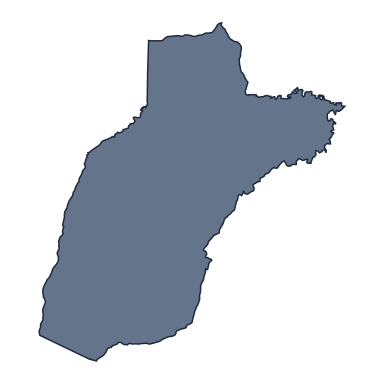 outline of Guacimo, Limón, Costa Rica
{"feature_id": "36466004B32500402146996", "entity_name": "Guacimo", "entity_type": "district", "adm_level": 2, "iso_a3": "CRI", "parent_name": "Costa Rica", "parent_adm1": "Limón", "projection": "orthographic", "projection_center": [-83.609, 10.204], "detail": "fine", "context": "isolated", "style": "filled", "palette": "slate", "viewbox_px": 384, "rotation_deg": 0, "n_neighbors": 0, "source": "geoboundaries", "source_scale": "gbopen_adm2", "svg_char_len": 5905}
<svg xmlns="http://www.w3.org/2000/svg" viewBox="0 0 384 384"><path d="M97.6,359.2L103.8,355.1L104.5,353.8L105.7,352.7L107.7,348.3L111.4,347.2L112.4,345.7L113.7,345.5L114.6,344.9L116.9,344.2L117.8,343.0L118.5,342.6L120.8,342.3L122.1,343.5L124.0,344.5L127.4,344.8L129.1,343.3L132.5,344.0L136.1,343.8L138.8,344.1L140.2,343.7L145.3,343.3L146.8,343.3L149.0,344.0L149.9,344.0L153.1,343.2L160.0,341.2L161.9,339.6L166.4,337.5L168.6,336.7L172.5,336.2L174.9,335.0L175.9,333.5L175.9,332.2L177.0,330.8L181.1,329.1L185.4,328.0L186.1,327.6L186.3,326.7L186.1,326.6L187.7,324.7L190.2,323.9L192.0,322.6L193.0,317.7L194.4,313.2L194.6,311.7L196.5,307.0L198.3,303.6L199.7,299.1L199.5,295.8L200.5,291.6L200.7,285.6L201.4,283.6L203.5,279.6L204.0,276.5L205.4,272.5L205.4,269.1L205.7,268.7L206.2,269.5L206.9,269.7L207.7,269.1L208.9,263.4L210.3,261.4L211.2,261.0L211.7,260.4L211.4,259.4L209.1,258.8L207.7,257.6L206.0,257.6L205.6,257.3L205.6,256.5L206.6,254.6L206.6,253.3L206.1,251.7L204.0,250.5L203.6,249.8L203.7,248.8L207.3,244.9L207.9,243.7L208.5,241.5L210.9,239.1L213.9,235.4L219.0,233.0L219.4,231.8L219.4,229.8L223.1,223.6L224.3,219.7L225.8,217.3L226.6,217.4L227.1,217.1L228.0,215.5L230.2,214.0L232.5,211.4L234.4,210.0L236.5,201.5L237.5,200.0L238.1,196.4L238.7,195.3L239.1,194.7L240.4,194.7L241.6,195.6L242.6,194.1L243.5,191.2L243.9,191.3L244.2,192.5L245.0,193.6L247.5,194.2L251.3,191.6L252.9,191.2L253.5,190.6L254.1,188.9L253.9,187.2L253.1,185.7L253.1,184.8L253.5,184.3L257.8,181.8L260.1,181.3L259.9,178.6L264.4,176.0L264.6,175.0L265.0,174.3L268.1,173.2L269.4,172.2L270.8,170.0L272.5,168.4L274.2,167.4L275.1,168.2L277.3,168.0L280.0,164.2L282.7,161.6L284.4,161.1L286.7,165.2L288.0,166.2L290.6,166.0L291.4,165.0L292.4,164.4L296.3,164.5L296.4,163.4L296.0,161.6L299.0,158.6L300.5,159.1L302.7,160.5L304.7,160.0L306.1,159.2L307.6,159.4L307.7,159.9L306.8,161.6L306.9,162.6L307.8,163.1L310.9,163.4L311.2,161.5L312.5,158.3L313.2,157.4L314.7,156.6L316.0,154.5L315.6,152.4L315.8,150.7L317.7,151.0L318.5,151.7L319.1,152.6L319.6,152.8L321.7,151.7L323.0,150.1L324.9,149.7L325.4,150.7L325.5,151.9L326.0,152.2L326.3,150.6L324.9,148.2L324.4,145.8L326.6,143.7L330.4,143.9L330.0,140.4L329.1,139.4L331.2,137.2L332.4,134.7L333.7,133.3L333.5,132.7L331.2,132.2L331.0,130.8L333.6,130.1L332.8,126.2L333.0,124.1L333.5,123.2L334.1,122.7L334.9,124.0L335.5,123.8L335.7,123.5L335.0,122.3L333.6,121.6L332.6,119.3L331.9,118.9L330.8,118.8L330.1,120.7L328.3,120.9L327.5,118.9L327.2,116.5L327.4,113.9L330.1,111.4L332.7,109.9L335.1,114.4L335.8,113.4L336.0,111.0L336.3,110.7L337.4,110.7L338.1,111.3L339.2,111.2L342.6,108.8L342.8,108.1L344.8,106.3L341.8,106.0L341.4,104.2L341.6,103.0L341.4,102.8L339.0,102.6L338.9,103.5L338.6,103.6L336.1,102.7L335.8,104.0L336.2,105.1L333.7,104.3L333.7,102.9L333.4,102.6L331.3,103.1L330.1,102.9L330.3,101.5L330.1,101.3L327.8,100.7L326.5,100.1L325.1,100.3L324.7,99.8L323.8,96.5L322.6,95.5L320.4,95.2L322.7,97.6L322.8,98.9L321.9,99.9L321.5,99.9L320.0,98.7L319.7,97.8L320.1,96.1L319.5,95.7L318.4,95.6L317.9,98.0L316.8,98.5L316.1,98.4L315.4,97.6L315.8,96.2L315.7,95.8L313.4,95.0L311.6,95.0L311.9,92.3L311.7,91.8L311.2,91.5L310.4,91.4L309.6,92.0L305.8,91.9L304.9,93.4L304.6,95.9L303.4,96.9L302.5,95.8L302.1,94.9L302.3,91.5L302.9,91.0L302.6,90.0L302.3,89.7L300.7,89.5L298.6,90.6L298.0,90.6L297.9,88.3L297.2,87.7L296.1,88.9L293.9,90.4L296.9,92.3L296.9,93.1L296.2,93.4L294.1,93.3L293.3,92.0L292.3,92.0L291.7,93.6L291.0,94.3L288.1,94.9L287.6,95.8L287.5,96.8L287.8,97.0L290.0,96.9L290.5,97.1L290.7,97.6L290.5,98.2L289.7,98.5L288.1,98.5L287.0,98.9L285.3,98.9L283.6,98.5L281.2,98.5L280.9,98.2L280.9,97.6L281.2,95.9L279.9,95.5L278.8,95.7L277.6,96.4L277.2,98.2L275.7,99.3L275.1,98.4L274.7,96.8L273.5,96.8L271.9,97.8L270.4,98.0L270.4,97.7L271.1,97.0L271.0,96.4L268.1,96.0L267.3,95.4L264.1,96.1L263.7,96.7L260.6,96.8L258.8,97.4L258.1,97.0L257.8,96.3L256.4,96.2L256.3,94.9L255.9,94.7L248.8,94.7L248.3,95.3L247.0,95.0L245.5,93.5L245.2,91.4L247.9,82.3L246.9,81.1L245.3,78.4L243.5,74.3L241.2,71.7L240.4,69.1L240.4,67.9L239.6,64.8L239.2,59.2L240.5,56.2L240.6,52.0L241.4,49.1L241.2,46.7L239.6,44.0L237.4,42.0L234.4,41.5L230.4,39.0L229.5,38.0L228.3,36.2L227.7,34.4L225.6,31.4L225.6,30.6L225.1,29.3L223.6,28.3L221.1,25.4L221.0,24.8L221.8,23.0L220.8,23.0L219.0,23.6L217.5,24.9L215.5,28.3L212.6,32.1L211.7,32.6L208.7,33.1L205.7,33.1L201.7,35.0L198.0,35.4L195.3,36.4L193.5,36.4L189.6,35.2L184.8,34.9L183.2,36.1L182.4,36.3L180.7,36.2L178.4,35.6L167.5,36.6L164.9,38.1L163.1,40.0L161.1,40.8L150.6,40.8L148.6,40.5L147.6,73.6L147.2,101.4L147.6,104.4L146.3,105.8L146.0,107.2L145.6,107.7L145.1,106.6L143.8,106.8L143.1,107.2L143.1,108.4L142.8,108.7L142.3,108.7L142.1,107.9L141.4,108.5L140.7,110.2L142.6,111.0L140.8,113.2L140.3,115.0L140.6,115.4L140.4,117.1L139.1,117.8L134.2,117.1L133.8,117.3L133.3,118.3L134.8,120.4L134.9,121.3L133.4,123.5L130.3,123.8L129.8,124.8L128.6,126.0L128.4,128.0L123.9,129.6L123.2,129.5L122.7,131.4L120.6,132.5L119.2,132.8L117.5,132.3L116.9,133.3L114.9,134.5L114.6,137.1L114.1,137.2L112.2,136.4L111.7,137.3L111.0,137.7L102.1,141.3L99.6,145.0L91.4,150.5L89.5,152.3L87.9,152.7L88.3,154.3L87.2,154.7L86.8,155.2L86.9,157.5L85.9,159.2L85.3,162.0L84.4,163.7L84.4,164.5L85.1,165.6L85.4,167.6L82.7,170.9L81.3,175.1L79.3,178.4L79.0,181.2L77.2,184.0L76.8,185.3L76.0,186.0L75.0,189.3L74.1,191.3L73.3,192.2L72.6,195.6L69.3,200.7L67.5,205.1L66.9,208.4L66.2,209.1L64.8,211.8L64.3,214.9L64.5,216.9L62.6,225.3L63.4,226.1L63.6,226.8L62.6,230.9L62.6,232.3L63.2,233.1L62.1,235.3L60.4,236.7L58.6,241.0L59.0,244.0L58.7,246.3L59.1,247.3L59.1,249.0L57.7,251.5L57.2,253.1L57.5,254.8L58.4,256.8L58.4,260.6L56.9,263.6L53.2,268.1L50.9,274.2L48.9,278.0L47.3,279.5L43.7,286.8L42.9,289.7L42.8,292.1L43.5,297.3L44.9,299.7L45.4,302.4L43.0,308.6L42.8,309.9L42.8,311.7L43.3,314.0L43.3,315.3L43.1,315.6L42.8,320.2L40.6,324.1L40.5,327.4L39.2,330.8L39.2,332.2L39.8,335.3L89.3,359.1L96.5,361.0L96.7,360.3L97.6,359.2Z" fill="#64748b" stroke="#1e293b" stroke-width="1.5"/></svg>